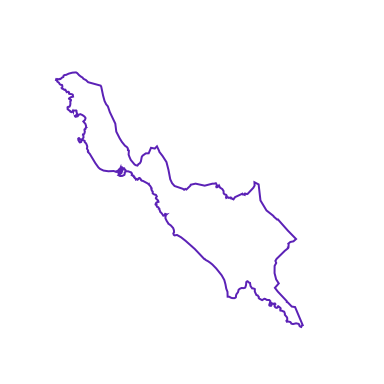 Ilocos Sur, Ilocos Sur, Philippines, rotated 320°
{"feature_id": "2640588B69318666079956", "entity_name": "Ilocos Sur", "entity_type": "district", "adm_level": 2, "iso_a3": "PHL", "parent_name": "Philippines", "parent_adm1": "Ilocos Sur", "projection": "natural_earth1", "projection_center": [120.422, 17.287], "detail": "fine", "context": "isolated", "style": "outline", "palette": "violet", "viewbox_px": 384, "rotation_deg": 320, "n_neighbors": 0, "source": "geoboundaries", "source_scale": "gbopen_adm2", "svg_char_len": 6006}
<svg xmlns="http://www.w3.org/2000/svg" viewBox="0 0 384 384"><g transform="rotate(320 192 192)"><path d="M190.4,51.8L183.0,41.1L182.7,38.1L181.6,35.5L181.7,33.8L181.3,33.0L180.6,30.0L180.5,27.2L180.0,25.8L177.1,23.7L173.7,22.1L170.7,21.3L169.8,20.6L168.5,20.3L167.3,21.2L165.9,20.8L163.8,20.9L163.3,20.3L162.4,20.2L162.0,19.5L161.5,19.5L161.3,18.9L161.0,19.0L160.8,18.7L160.6,19.0L160.4,18.4L159.8,18.8L160.2,19.4L159.8,20.9L160.3,22.7L160.0,24.4L160.3,25.4L161.2,26.4L161.2,26.7L160.5,27.9L159.6,28.7L159.0,28.6L159.0,29.5L159.8,30.7L159.7,31.2L160.4,32.5L160.7,32.5L160.2,35.0L161.6,35.6L161.8,36.1L161.9,36.7L161.1,37.4L161.0,37.9L162.8,39.8L163.2,40.8L162.2,42.5L159.8,41.4L157.9,41.3L157.7,41.8L158.5,43.5L158.0,44.2L157.0,44.3L155.7,46.1L154.2,47.4L152.9,47.9L151.8,47.1L151.1,47.1L150.0,48.6L150.3,49.1L150.1,49.7L150.7,51.5L150.4,52.0L150.9,53.3L151.5,53.5L153.0,53.1L152.8,53.8L153.3,53.3L155.7,55.1L155.7,55.6L154.8,56.7L154.4,58.1L152.7,58.8L151.2,58.4L151.0,58.9L151.2,59.6L153.1,60.5L154.9,60.0L156.5,60.6L157.5,62.6L158.1,64.9L158.1,66.5L157.8,67.1L156.3,68.0L154.1,68.1L154.1,71.4L153.2,73.5L152.2,74.4L152.3,74.6L151.7,74.6L150.7,75.3L150.1,74.9L149.8,75.0L149.0,76.1L148.7,76.9L147.0,78.1L145.9,78.2L144.8,77.3L145.3,78.1L145.3,78.7L143.8,80.6L141.9,81.0L140.6,80.6L140.2,80.0L140.1,78.1L139.8,77.9L139.1,78.0L138.3,79.2L137.9,81.4L138.0,82.0L139.2,82.4L140.2,81.5L140.8,81.5L142.0,82.4L142.6,83.9L141.9,84.9L142.1,86.7L141.4,89.0L140.8,90.1L139.4,91.2L139.1,93.3L138.8,94.0L138.3,94.0L138.0,94.5L138.2,97.0L136.5,107.8L136.1,113.1L136.4,115.2L138.0,118.7L141.3,122.4L145.4,125.5L147.7,129.0L147.5,128.0L146.9,127.6L147.1,127.4L149.1,128.2L149.7,128.0L150.4,128.3L150.6,127.8L150.8,127.8L150.8,128.2L151.6,128.1L153.2,127.3L152.9,127.8L153.3,127.8L152.1,128.3L152.4,128.4L153.5,128.0L153.7,127.7L153.9,127.8L153.1,128.7L154.1,128.5L154.3,129.2L153.6,129.5L153.3,130.0L154.5,129.8L155.2,130.3L155.0,130.6L155.2,132.3L154.9,133.5L155.2,134.2L156.3,135.0L158.0,137.9L157.9,139.1L157.5,139.2L157.1,140.6L156.8,140.6L157.1,141.6L157.2,141.3L157.7,141.8L157.5,143.0L157.1,143.5L157.5,144.0L157.1,144.8L157.4,145.7L157.1,146.3L157.9,146.4L158.0,147.5L159.0,147.7L159.4,147.3L160.1,147.2L160.9,147.6L160.9,149.0L160.5,148.8L160.9,149.1L160.6,150.1L160.7,150.9L161.6,152.1L163.4,156.6L163.8,158.2L164.1,158.2L163.7,159.3L163.9,160.2L163.5,163.1L162.9,163.3L163.0,163.7L162.3,164.6L162.1,165.5L162.2,166.4L161.0,167.8L161.6,169.9L162.1,170.3L162.5,171.0L162.2,172.8L160.7,173.2L160.2,173.7L160.5,175.7L160.3,176.4L160.5,176.7L160.0,178.0L159.4,177.8L159.5,177.4L159.4,177.6L158.1,177.2L156.9,177.5L156.0,178.2L156.2,179.1L156.5,179.2L156.0,179.8L155.7,180.9L156.4,182.0L156.1,183.4L155.9,183.5L156.2,183.9L155.6,184.9L155.1,186.6L154.9,186.7L155.1,189.0L154.8,191.7L155.9,192.1L157.4,191.5L157.8,192.0L157.6,192.8L157.8,192.9L156.5,193.0L156.3,193.6L155.7,193.9L154.7,195.2L154.0,198.0L153.7,200.6L153.5,201.0L154.3,204.0L154.4,207.5L153.6,209.6L152.4,211.3L151.1,211.7L150.5,213.1L150.7,214.0L152.9,215.3L153.2,216.1L154.5,219.6L155.7,225.3L157.5,237.5L158.3,251.1L158.7,251.4L158.7,252.6L159.8,255.4L160.5,258.0L161.0,260.6L161.4,266.1L161.2,274.8L160.2,280.1L158.3,284.2L156.1,288.1L155.0,291.3L152.0,295.1L153.4,296.4L153.6,297.5L154.5,299.0L156.1,300.5L157.3,300.9L158.0,300.8L159.3,299.5L160.3,298.9L162.9,298.3L164.8,296.9L166.2,296.8L168.3,297.4L169.7,298.8L171.0,299.4L171.6,299.3L173.6,298.0L175.7,295.9L176.5,295.8L177.2,296.1L177.4,298.0L178.0,298.9L176.4,301.6L176.1,304.5L177.2,305.5L177.7,306.8L176.2,308.5L175.8,309.7L175.1,312.4L175.8,313.3L175.7,315.4L175.0,316.0L175.0,316.9L176.2,319.9L178.8,320.3L179.4,321.1L179.9,322.7L181.8,324.5L181.8,326.1L178.5,328.2L178.4,328.8L178.7,329.4L179.4,330.0L180.5,329.6L181.1,328.5L181.5,328.2L182.6,330.5L182.9,330.8L183.5,330.4L183.9,330.8L183.8,331.5L182.7,331.8L181.9,332.4L181.7,333.8L182.1,334.9L182.8,335.4L183.4,335.5L184.2,334.8L184.7,335.0L185.2,337.7L184.9,338.4L183.9,338.9L183.5,339.6L184.8,341.1L185.0,341.9L185.5,342.4L185.6,343.2L184.9,345.0L184.2,345.7L184.2,349.0L183.9,349.8L182.8,351.1L181.5,351.4L181.3,352.4L182.4,353.0L183.6,354.6L183.8,355.3L183.5,356.7L184.5,358.1L187.3,359.5L188.8,361.4L189.0,362.4L188.3,363.4L188.4,364.7L188.9,365.6L190.4,364.9L191.2,365.2L197.0,346.4L194.8,343.9L194.4,338.2L193.9,337.2L194.4,336.7L194.4,335.7L193.7,323.4L193.9,318.7L199.7,317.8L200.3,313.0L203.1,307.2L207.8,301.7L210.9,300.5L211.6,298.4L213.8,297.6L225.3,296.7L229.3,296.8L229.8,296.1L230.3,296.4L230.8,295.9L232.3,294.3L232.5,293.5L235.2,293.5L238.0,295.0L241.5,294.9L240.6,283.2L240.2,268.2L239.5,267.9L238.8,263.3L239.0,262.7L237.2,254.0L239.0,242.5L247.9,229.0L246.1,224.7L244.1,227.3L241.7,228.2L233.3,229.2L232.8,229.0L231.6,227.2L231.2,227.2L231.2,227.5L230.5,228.1L229.8,226.8L229.4,226.7L229.0,225.9L229.2,225.6L221.7,223.6L219.1,224.3L218.9,223.5L218.4,223.3L218.4,222.4L217.9,222.0L218.3,221.7L218.2,221.1L216.4,220.2L216.1,219.0L214.4,218.6L214.6,217.9L216.3,216.9L216.3,216.0L215.4,214.6L215.4,213.4L216.8,211.5L217.1,209.2L216.3,206.7L216.9,204.3L214.7,204.7L213.8,204.1L213.9,203.6L215.5,202.7L215.9,200.6L214.4,199.9L213.1,198.8L205.8,195.3L200.1,187.9L195.7,185.6L194.9,186.1L189.3,186.5L188.8,185.3L187.4,185.2L187.1,183.8L182.5,176.2L182.4,172.5L183.5,168.3L188.2,159.9L191.7,152.6L192.6,145.4L192.8,140.2L193.2,139.5L194.5,134.5L191.4,134.8L189.0,131.8L183.7,134.5L181.4,132.7L177.5,132.4L176.1,132.8L172.4,135.8L170.4,136.5L169.0,136.2L167.2,136.7L166.2,135.4L165.7,134.0L165.7,128.1L166.6,125.0L167.5,122.6L170.2,119.8L170.3,119.6L169.8,118.8L170.9,117.3L171.0,115.7L170.4,113.4L170.5,108.5L171.1,104.4L172.8,97.1L177.2,90.3L180.4,78.0L182.6,72.3L182.6,69.7L183.5,66.1L185.9,60.9L190.1,53.1L190.4,51.8ZM154.9,130.2L152.9,130.5L150.1,132.1L146.5,131.9L147.1,133.4L147.6,133.9L149.1,134.9L151.2,135.4L152.3,134.7L152.8,133.9L154.6,133.5L154.9,132.5L154.9,130.2ZM151.5,128.8L148.0,130.2L147.8,130.5L150.1,130.6L152.1,129.9L152.9,129.0L151.5,128.8Z" fill="none" stroke="#5b21b6" stroke-width="2"/></g></svg>